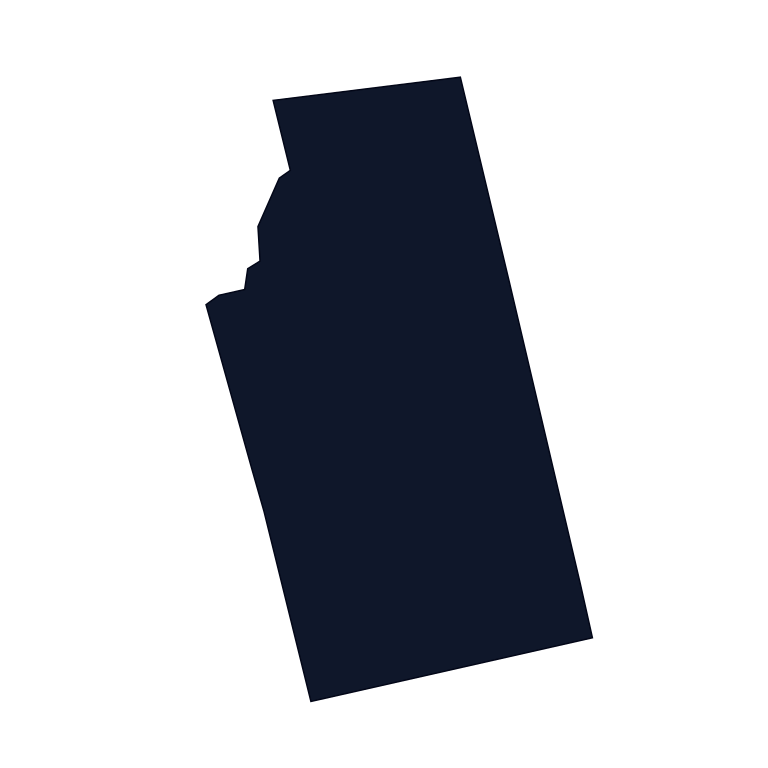 the district of Pike, Ohio, United States of America, rotated 73°
{"feature_id": "52423323B24396319361709", "entity_name": "Pike", "entity_type": "district", "adm_level": 2, "iso_a3": "USA", "parent_name": "United States of America", "parent_adm1": "Ohio", "projection": "mercator", "projection_center": [-83.162, 39.073], "detail": "fine", "context": "isolated", "style": "filled", "palette": "ink", "viewbox_px": 768, "rotation_deg": 73, "n_neighbors": 0, "source": "geoboundaries", "source_scale": "gbopen_adm2", "svg_char_len": 372}
<svg xmlns="http://www.w3.org/2000/svg" viewBox="0 0 768 768"><g transform="rotate(73 384 384)"><path d="M80.4,407.1L152.3,411.1L156.5,423.9L196.6,458.5L230.2,466.6L233.9,480.6L252.9,489.6L250.9,515.9L256.1,531.0L426.7,535.2L470.9,536.0L666.2,546.7L687.6,258.9L632.5,254.7L324.0,234.4L112.9,221.3L80.4,407.1Z" fill="#0f172a" stroke="#020617" stroke-width="1.5"/></g></svg>